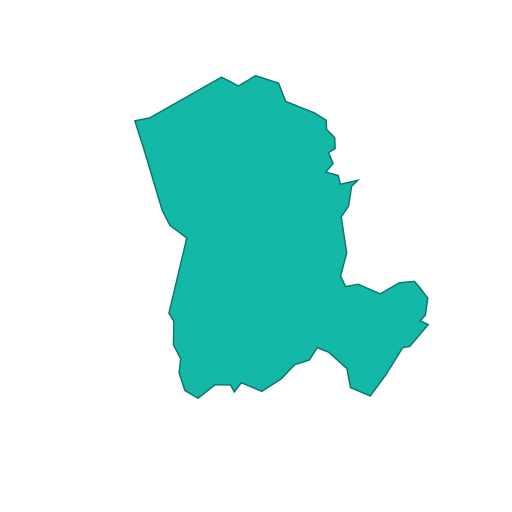 the district of Carter, Kentucky, United States of America, rotated 235°
{"feature_id": "52423323B71495189407297", "entity_name": "Carter", "entity_type": "district", "adm_level": 2, "iso_a3": "USA", "parent_name": "United States of America", "parent_adm1": "Kentucky", "projection": "albers", "projection_center": [-83.1, 38.336], "detail": "fine", "context": "isolated", "style": "filled", "palette": "teal", "viewbox_px": 512, "rotation_deg": 235, "n_neighbors": 0, "source": "geoboundaries", "source_scale": "gbopen_adm2", "svg_char_len": 898}
<svg xmlns="http://www.w3.org/2000/svg" viewBox="0 0 512 512"><g transform="rotate(235 256 256)"><path d="M339.7,385.9L365.6,369.0L384.6,373.6L404.0,359.0L405.3,339.2L422.3,330.3L430.1,248.2L436.2,234.3L407.3,225.3L347.0,205.3L330.6,203.1L310.4,209.6L259.0,151.8L249.6,151.2L230.5,137.4L215.1,135.4L204.4,126.0L186.6,120.6L172.7,127.0L174.0,148.5L165.1,161.1L157.1,160.3L160.6,171.3L141.8,183.1L140.9,206.5L144.8,225.3L140.2,240.1L145.8,253.5L135.4,260.4L111.6,265.9L94.0,257.9L75.8,269.3L84.3,294.4L96.8,323.6L93.8,330.2L101.0,357.7L109.0,353.3L110.3,360.7L122.9,372.5L137.0,372.0L144.3,371.2L151.9,357.9L153.7,336.0L174.2,323.5L179.5,311.9L191.1,313.8L206.4,332.0L239.1,348.2L243.9,360.6L258.3,374.3L259.6,382.8L266.4,366.3L274.8,369.5L284.7,361.2L287.5,372.1L299.0,374.8L298.7,382.5L307.8,388.4L319.3,386.4L326.9,391.4L339.7,385.9Z" fill="#14b8a6" stroke="#0f766e" stroke-width="1.5"/></g></svg>